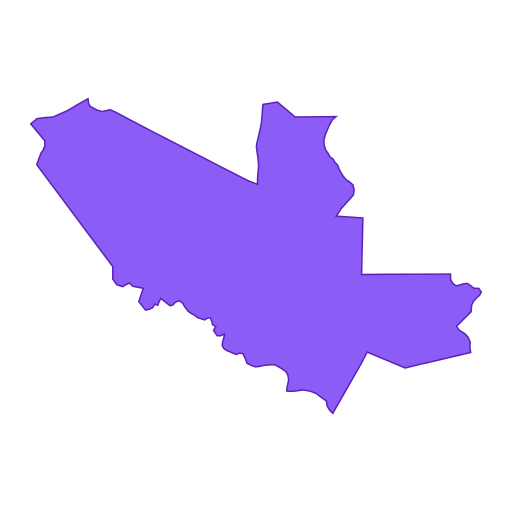 outline of Santa Rita, Maranhão, Brazil
{"feature_id": "56859067B30412481921116", "entity_name": "Santa Rita", "entity_type": "district", "adm_level": 2, "iso_a3": "BRA", "parent_name": "Brazil", "parent_adm1": "Maranhão", "projection": "natural_earth1", "projection_center": [-44.315, -3.168], "detail": "fine", "context": "isolated", "style": "filled", "palette": "violet", "viewbox_px": 512, "rotation_deg": 0, "n_neighbors": 0, "source": "geoboundaries", "source_scale": "gbopen_adm2", "svg_char_len": 2308}
<svg xmlns="http://www.w3.org/2000/svg" viewBox="0 0 512 512"><path d="M145.6,310.1L149.3,309.3L152.8,307.6L154.6,304.1L157.7,305.3L159.1,301.8L160.7,298.4L164.8,301.6L170.1,305.8L173.1,304.8L175.0,302.5L179.1,300.6L182.7,303.3L184.7,306.7L187.9,311.0L190.5,313.0L194.8,315.4L197.4,317.6L201.5,318.9L204.7,319.9L207.4,318.2L210.1,317.6L211.8,321.5L212.6,324.8L215.8,326.6L213.5,330.3L215.3,333.0L217.1,335.7L220.7,335.8L224.5,334.0L223.7,338.2L222.5,342.1L222.3,345.8L223.9,348.6L226.4,350.4L229.6,351.7L236.3,354.5L239.8,353.0L243.0,353.8L244.9,357.8L247.0,363.3L251.5,365.5L255.3,366.8L258.5,366.6L261.4,365.9L264.3,365.4L267.5,365.0L272.8,364.7L275.7,365.2L281.3,368.4L285.9,371.6L288.0,375.5L288.6,380.1L287.9,383.5L287.1,387.1L286.7,391.0L289.4,391.3L294.7,391.1L299.8,390.4L303.1,390.0L310.0,391.1L313.6,392.5L316.7,393.7L319.1,395.8L322.6,398.3L326.4,401.1L327.3,406.4L329.9,410.5L332.8,413.3L360.9,364.1L367.2,352.1L405.2,368.0L421.6,363.9L424.8,363.3L444.3,358.7L470.7,352.5L469.8,346.6L470.3,342.3L467.8,336.8L464.8,333.7L459.0,330.0L456.5,326.3L471.1,311.8L471.7,304.9L473.5,301.4L476.4,297.9L479.6,295.3L481.3,292.0L478.8,288.4L473.8,288.2L470.4,285.4L467.0,283.3L463.7,283.8L459.9,285.0L456.0,285.8L452.5,283.1L450.6,279.4L450.6,274.1L382.8,274.3L361.6,274.5L361.8,265.5L361.9,259.4L362.9,218.0L336.2,216.1L339.2,211.8L341.6,208.1L348.0,201.0L351.2,197.7L353.5,194.6L354.2,189.9L352.9,184.8L349.0,181.5L346.3,179.8L343.2,176.2L341.0,172.7L339.1,169.0L337.5,164.9L334.9,162.3L333.4,159.5L330.2,157.0L327.9,153.0L325.8,150.2L324.1,145.0L323.9,140.0L325.4,134.5L327.0,130.6L329.4,125.1L332.6,119.5L336.0,116.6L309.0,116.9L295.2,117.0L277.5,102.1L262.9,104.4L262.5,109.6L261.8,118.8L261.2,124.1L260.2,129.1L258.8,135.0L257.6,140.2L256.7,143.8L256.4,147.3L257.9,157.9L258.6,165.4L257.6,178.1L257.4,184.3L248.3,180.8L226.5,169.7L216.4,164.5L200.5,156.3L156.4,133.6L149.7,130.2L114.9,111.8L109.9,109.7L102.1,111.6L96.9,110.0L93.0,107.8L90.1,106.3L88.6,103.5L88.0,98.7L77.9,104.4L70.0,109.2L65.9,111.3L60.0,113.9L53.1,117.0L44.7,117.6L37.1,118.6L30.7,123.9L44.8,140.8L44.8,145.8L42.8,150.7L41.0,153.1L36.7,164.6L88.4,234.0L112.8,266.6L112.8,279.1L116.7,284.7L122.6,286.7L125.8,284.8L129.3,283.0L132.9,286.3L143.2,288.3L138.8,301.6L145.6,310.1Z" fill="#8b5cf6" stroke="#5b21b6" stroke-width="1.5"/></svg>